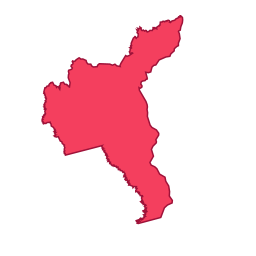 Orellana, Orellana, Ecuador (Mercator projection), rotated 75°
{"feature_id": "8360857B2632512841058", "entity_name": "Orellana", "entity_type": "district", "adm_level": 2, "iso_a3": "ECU", "parent_name": "Ecuador", "parent_adm1": "Orellana", "projection": "mercator", "projection_center": [-76.797, -0.605], "detail": "fine", "context": "isolated", "style": "filled", "palette": "rose", "viewbox_px": 256, "rotation_deg": 75, "n_neighbors": 0, "source": "geoboundaries", "source_scale": "gbopen_adm2", "svg_char_len": 5838}
<svg xmlns="http://www.w3.org/2000/svg" viewBox="0 0 256 256"><g transform="rotate(75 128 128)"><path d="M222.9,119.5L214.5,113.5L212.6,109.8L211.8,104.8L209.4,103.9L204.4,105.7L200.2,104.3L194.5,103.7L189.2,105.3L185.1,105.0L180.7,109.4L174.7,110.7L172.4,112.2L169.9,115.2L167.0,115.8L161.8,110.7L154.7,110.9L152.0,108.6L149.7,104.6L148.7,104.1L146.5,104.1L142.8,100.2L141.0,99.7L137.2,101.1L133.6,104.8L130.9,105.9L121.8,106.3L118.3,105.1L115.0,104.8L112.7,103.8L110.5,103.5L107.0,103.8L94.5,107.2L92.0,106.9L92.8,106.2L92.3,104.3L91.7,103.8L90.5,103.6L88.9,104.3L86.9,103.3L86.4,102.0L86.6,99.2L85.7,98.1L85.8,97.1L85.3,97.1L85.0,96.5L78.7,96.5L79.9,94.0L79.7,91.5L75.4,89.1L74.2,86.9L74.3,84.8L70.3,80.3L69.2,73.0L69.6,69.0L67.5,67.5L65.5,63.5L63.4,62.7L61.9,59.8L61.5,58.0L59.0,57.3L55.2,54.6L50.1,54.0L47.9,54.3L47.3,53.7L47.0,52.2L43.9,50.8L40.5,48.3L37.7,47.2L35.3,46.8L33.2,48.1L33.1,48.7L34.1,48.7L34.3,49.4L33.7,50.3L34.7,51.3L34.9,53.3L36.0,55.0L36.0,57.9L37.1,59.8L36.6,60.3L36.5,59.9L35.1,60.2L34.4,61.1L34.3,61.9L34.9,62.8L34.4,63.0L34.5,64.7L34.9,65.0L33.9,66.5L34.4,67.4L34.1,69.4L36.8,70.4L36.7,70.9L37.4,71.3L37.2,71.7L38.3,74.6L39.6,74.6L38.9,75.7L39.0,77.1L37.9,76.4L37.5,77.8L38.7,78.1L40.1,79.4L39.4,81.5L40.1,82.8L40.2,84.6L39.2,85.2L38.7,85.0L38.3,85.6L38.6,87.0L37.3,87.9L37.6,89.1L37.2,89.5L35.7,89.9L34.9,89.3L33.7,90.3L34.5,90.4L35.0,91.6L34.3,92.7L35.3,92.4L36.5,93.0L35.6,94.0L37.0,93.7L38.3,94.6L39.5,93.7L42.5,94.7L42.7,95.8L43.5,96.8L42.3,97.5L41.0,97.3L41.8,97.9L42.6,99.6L47.0,103.0L48.4,103.2L49.2,104.1L49.6,103.5L49.9,104.2L50.8,104.1L50.9,105.3L51.4,104.8L51.0,104.4L51.6,104.0L52.3,105.4L54.4,106.3L54.6,106.9L55.9,106.9L56.5,106.7L56.4,104.6L56.9,104.2L58.3,108.1L58.5,110.5L57.4,111.5L63.7,118.1L65.6,119.6L66.6,119.6L65.1,122.7L63.0,124.1L63.3,126.8L61.6,129.0L58.5,139.1L59.5,141.1L60.8,141.8L60.1,145.7L58.7,147.0L56.7,147.4L56.0,150.0L54.0,151.0L51.9,151.0L49.7,153.7L49.2,155.8L47.7,156.8L47.6,157.3L48.7,160.5L49.7,162.0L49.6,163.2L48.9,164.1L49.5,164.7L50.9,164.2L51.6,164.6L52.4,165.3L52.4,166.3L53.7,167.1L55.6,166.2L56.7,167.2L56.9,170.4L57.9,170.9L60.4,171.0L61.1,171.7L64.0,172.7L69.3,172.2L73.2,173.9L72.8,174.4L72.1,174.4L71.3,175.6L70.9,175.3L69.9,176.1L69.4,177.8L67.1,178.5L67.0,181.2L67.5,181.8L68.8,182.1L69.4,183.2L71.3,183.2L72.9,183.9L70.0,184.8L69.7,185.9L70.2,186.5L68.5,186.7L67.5,188.3L64.3,189.0L64.2,190.8L64.8,191.1L64.8,192.0L65.7,193.1L66.8,193.5L66.6,195.4L67.8,196.8L67.6,197.8L71.5,200.0L71.9,199.7L72.7,200.3L73.0,199.6L74.4,200.0L74.8,199.4L75.6,199.7L76.7,199.4L77.1,199.9L77.7,199.5L77.7,199.9L78.8,199.5L79.6,199.8L80.2,200.9L81.2,200.5L81.4,201.0L82.0,201.0L82.0,201.6L83.4,202.7L84.0,202.4L84.1,203.2L85.5,202.9L85.6,203.3L86.4,203.1L86.3,203.5L87.3,202.9L87.5,203.3L87.9,202.9L87.9,203.4L88.5,203.1L88.6,203.5L89.1,202.8L90.2,204.0L92.6,204.0L92.5,204.4L93.5,204.6L93.4,205.5L94.0,205.5L93.8,205.8L94.2,206.3L94.5,206.0L94.9,206.8L95.7,206.8L95.3,207.5L96.0,207.5L96.0,208.0L96.1,207.7L97.2,208.5L97.8,208.1L97.8,208.8L99.1,209.2L99.9,208.5L100.2,208.9L101.1,208.2L101.7,208.8L102.1,208.6L101.9,207.1L102.4,206.2L101.8,204.8L102.3,201.6L103.3,201.8L104.2,201.3L106.2,201.6L107.8,200.1L109.3,199.5L109.4,198.9L109.5,199.4L110.3,199.5L110.5,198.8L111.1,198.9L111.1,198.6L111.3,199.3L111.9,198.9L112.2,199.9L112.4,199.5L112.9,199.9L113.0,199.5L113.5,199.9L113.7,199.2L114.1,200.1L115.1,199.8L115.8,200.3L116.0,199.9L116.1,200.5L116.4,199.9L116.4,200.5L117.1,200.4L117.3,200.9L118.2,199.5L118.3,197.6L123.1,196.8L124.1,195.5L126.0,195.5L128.1,193.8L128.6,194.4L130.7,194.1L131.6,194.9L133.2,195.3L133.7,195.0L134.0,195.8L134.8,195.6L135.4,196.1L136.2,195.5L136.4,195.8L136.7,195.4L137.3,195.5L137.5,195.1L138.0,195.3L138.3,157.8L138.6,158.3L140.2,157.6L140.5,158.0L141.0,157.3L141.0,157.8L141.3,157.5L142.4,158.1L143.6,156.4L144.3,157.3L145.0,157.2L145.3,156.5L145.8,156.7L146.2,156.0L147.6,156.4L147.8,156.0L147.2,155.7L147.7,155.2L148.7,155.3L148.8,156.2L149.4,155.6L149.3,156.0L150.9,155.7L151.6,156.5L152.2,156.2L152.7,155.2L153.4,155.9L153.6,155.0L154.9,155.9L154.8,155.3L155.1,155.5L155.3,154.8L155.9,154.8L156.3,154.2L157.1,154.6L157.0,154.0L158.0,154.4L158.3,153.8L158.9,153.7L158.9,154.1L159.2,153.4L159.9,153.5L159.6,153.3L160.4,152.9L160.1,151.7L161.1,151.5L160.8,151.0L161.4,151.0L161.9,149.6L162.8,149.4L162.4,148.9L163.2,148.7L163.2,147.8L165.1,148.1L165.4,147.3L165.8,147.6L166.0,146.4L167.1,146.5L167.7,144.9L169.5,144.4L169.3,143.6L169.8,143.8L170.3,143.1L171.8,142.6L172.5,144.0L173.3,143.2L173.4,144.2L174.0,144.7L174.5,142.9L175.9,142.3L176.1,142.8L175.7,143.2L176.8,144.3L178.1,143.5L177.7,142.2L179.6,142.2L179.3,140.8L179.9,141.1L179.7,141.7L180.3,141.4L180.5,142.5L181.7,141.9L181.0,141.8L182.0,140.7L182.6,140.8L182.4,141.5L183.3,142.1L183.5,141.2L185.5,138.5L186.9,138.6L186.1,137.4L186.8,135.1L188.0,136.2L188.7,134.9L190.2,136.6L191.6,137.0L191.6,135.6L193.1,135.0L192.5,134.5L193.2,133.6L193.5,133.7L193.1,134.6L194.3,134.6L194.9,133.8L196.5,133.7L197.1,131.6L198.0,131.6L198.0,132.5L199.2,133.1L201.4,132.9L201.5,133.6L202.5,133.8L202.5,134.8L204.2,133.8L203.9,133.1L202.8,133.3L202.6,132.6L204.9,132.3L205.2,133.0L205.7,133.1L205.6,132.3L206.8,131.8L206.6,131.0L207.3,130.6L207.9,132.4L208.6,132.0L210.6,132.3L210.1,130.9L210.7,131.1L211.3,132.1L211.9,131.9L211.1,132.8L211.8,133.5L211.9,135.0L212.5,134.9L212.2,133.9L213.0,133.6L213.2,131.7L213.7,131.6L214.3,133.4L213.8,133.4L213.8,134.1L215.2,133.5L216.0,132.7L215.6,133.7L216.3,134.0L216.0,135.1L217.7,134.1L217.5,135.4L218.8,135.3L218.8,136.6L219.9,137.2L220.1,138.1L219.3,138.2L219.9,138.8L218.4,139.3L218.7,139.9L219.5,139.8L219.6,141.2L220.7,140.8L219.9,141.9L219.4,141.5L219.6,144.1L220.3,144.0L220.4,143.3L221.3,143.5L220.8,142.6L221.5,142.0L222.0,142.5L221.7,141.7L222.5,143.5L222.9,142.8L222.9,119.5Z" fill="#f43f5e" stroke="#9f1239" stroke-width="1.5"/></g></svg>